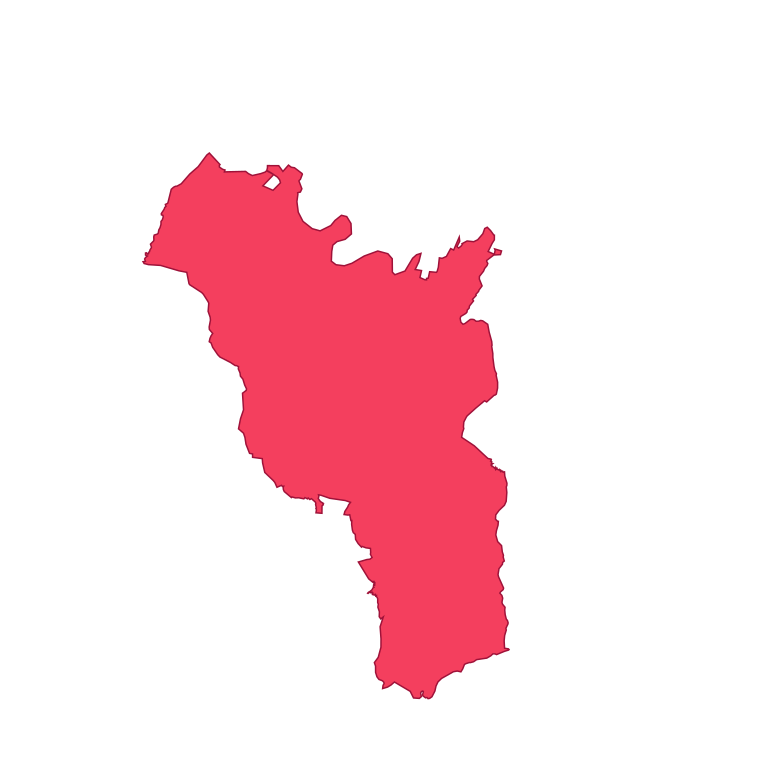 outline of Miraslau, Alba, Romania, rotated 235°
{"feature_id": "2599482B57735842574948", "entity_name": "Miraslau", "entity_type": "district", "adm_level": 2, "iso_a3": "ROU", "parent_name": "Romania", "parent_adm1": "Alba", "projection": "orthographic", "projection_center": [23.674, 46.374], "detail": "fine", "context": "isolated", "style": "filled", "palette": "rose", "viewbox_px": 768, "rotation_deg": 235, "n_neighbors": 0, "source": "geoboundaries", "source_scale": "gbopen_adm2", "svg_char_len": 6152}
<svg xmlns="http://www.w3.org/2000/svg" viewBox="0 0 768 768"><g transform="rotate(235 384 384)"><path d="M546.1,437.7L544.3,431.3L546.1,419.5L552.4,414.3L563.7,410.9L573.9,412.3L583.4,417.3L588.7,422.2L590.2,423.0L589.2,425.6L591.0,428.7L598.9,430.7L599.4,431.2L599.6,432.9L602.6,437.4L603.4,437.6L612.5,434.7L614.7,432.4L618.1,431.3L616.1,423.1L623.2,423.0L629.7,413.8L627.8,412.4L626.2,410.5L621.1,412.9L614.6,415.4L611.0,415.6L608.2,414.6L606.3,404.2L615.8,398.4L618.8,413.7L622.5,412.0L626.0,410.0L625.8,408.1L627.0,403.8L630.3,395.7L634.1,393.6L637.5,392.6L649.3,374.9L650.5,376.5L652.4,375.0L656.1,373.6L657.6,374.6L657.8,375.5L673.4,373.4L673.2,370.2L668.6,356.4L667.4,345.4L664.3,332.8L664.8,328.0L665.6,326.5L665.9,324.5L665.5,321.4L656.8,311.4L656.1,310.4L656.5,307.9L654.5,307.2L654.4,305.7L653.3,304.2L651.3,299.3L650.2,298.7L649.0,299.6L647.5,299.0L645.6,296.5L645.1,294.6L642.7,292.9L640.6,290.3L639.4,287.9L637.0,285.5L636.8,284.4L637.8,281.2L636.6,279.8L633.8,278.0L633.3,277.2L632.5,272.9L629.7,272.1L629.0,271.5L628.1,269.3L626.9,267.8L626.9,267.1L625.8,265.8L626.0,264.9L627.6,264.8L628.1,263.8L626.4,262.6L624.5,263.6L624.4,261.2L623.7,259.6L621.3,258.9L622.4,256.8L620.3,256.6L616.9,259.5L609.3,269.0L594.4,280.9L588.6,286.5L578.0,281.8L576.7,281.8L563.6,287.1L561.1,287.5L552.4,287.1L550.7,286.8L544.4,281.6L538.4,279.9L535.9,278.5L531.0,273.5L528.8,272.2L523.7,272.7L522.6,269.9L521.1,267.5L518.9,265.1L516.8,265.9L512.3,264.7L503.3,264.6L500.1,265.1L489.9,270.5L484.4,272.7L483.7,273.7L481.7,274.8L479.9,273.3L475.6,272.4L472.8,270.9L468.9,271.2L463.1,269.3L458.9,268.6L457.8,267.5L457.6,262.8L443.4,254.1L437.9,246.6L430.7,239.1L424.3,240.7L419.9,239.4L413.8,236.4L404.3,234.1L402.1,236.2L399.3,234.3L392.7,241.5L389.0,239.3L379.9,235.6L368.5,237.9L366.0,238.1L360.8,237.1L359.8,241.9L358.4,242.0L357.8,243.2L357.0,242.0L355.2,241.0L353.1,240.6L344.1,243.0L344.3,243.8L341.5,246.1L339.7,248.9L335.9,252.5L336.3,254.1L333.8,255.4L334.1,256.5L331.9,257.0L331.7,258.8L326.8,260.0L325.5,259.8L324.6,258.9L321.2,257.5L321.2,256.9L319.7,256.5L317.5,254.4L313.7,259.0L319.7,263.3L319.9,265.0L321.1,265.3L321.1,265.8L324.2,264.5L327.8,264.4L329.5,266.3L330.8,266.8L329.1,268.5L321.4,274.1L310.8,285.4L306.3,288.7L305.3,285.7L304.0,283.6L302.1,278.9L300.0,276.4L297.3,279.3L296.5,280.9L291.2,278.6L290.8,278.6L290.6,279.2L287.6,277.0L282.4,274.3L279.9,273.6L277.3,274.2L273.0,271.6L268.1,271.3L263.3,272.0L263.5,272.9L260.1,275.3L257.1,278.6L253.7,276.5L252.3,275.2L248.7,274.7L248.6,271.9L250.0,269.4L252.9,260.9L233.1,259.7L228.4,261.0L228.6,261.7L228.3,262.1L228.0,261.2L227.5,261.4L227.2,262.2L226.6,261.7L226.4,262.4L224.5,260.9L224.9,260.5L225.3,261.0L225.5,260.4L224.2,259.2L223.4,259.1L223.6,258.8L222.3,256.0L222.1,253.9L222.3,251.7L222.0,250.6L221.6,250.8L221.7,252.3L221.2,253.9L220.9,253.9L220.8,252.8L220.2,254.8L219.6,254.4L219.0,254.9L218.6,253.9L218.2,253.8L216.6,255.1L216.8,256.2L216.5,256.4L215.1,255.6L214.9,256.2L214.6,255.7L213.1,256.0L211.6,255.6L208.5,253.4L207.0,253.1L204.7,251.0L200.1,249.6L196.1,246.6L193.4,246.6L193.6,249.8L187.4,241.6L177.0,235.4L170.1,230.5L163.4,222.5L161.3,216.3L157.8,215.3L152.6,211.7L148.2,210.3L144.9,210.4L141.8,212.5L139.9,212.8L138.6,212.3L137.7,210.4L135.3,208.2L133.7,213.0L133.4,217.1L133.9,221.6L117.2,229.2L109.9,228.1L106.2,232.6L106.5,235.3L109.8,236.7L110.3,237.6L110.6,238.3L110.2,239.7L109.3,239.7L107.4,237.5L106.3,237.0L103.1,238.0L102.5,239.4L101.0,239.6L100.3,241.1L100.3,243.9L103.3,249.6L106.7,253.3L109.0,257.3L109.8,262.3L108.5,275.8L106.9,279.3L104.1,281.9L105.5,285.1L108.1,289.0L108.0,290.5L106.9,294.1L106.2,295.0L105.1,298.1L105.1,301.8L100.5,311.0L100.1,315.6L100.5,318.4L99.2,320.2L97.8,321.0L95.9,329.4L94.6,333.4L94.7,334.1L95.7,334.0L98.4,331.2L104.7,335.1L108.8,338.6L112.3,343.0L114.0,343.8L116.4,348.0L117.4,348.8L119.6,349.5L121.2,349.3L125.6,351.0L129.5,353.2L131.7,355.1L135.6,354.8L137.5,355.4L140.5,358.4L143.2,359.3L146.3,358.9L146.9,360.5L147.2,363.6L148.2,364.9L160.2,367.2L162.5,368.1L166.8,372.3L168.4,377.6L169.8,378.8L170.0,381.0L173.9,382.4L175.2,383.6L178.6,384.6L184.2,387.6L189.7,386.7L196.2,389.0L199.3,391.9L202.9,396.4L205.9,398.9L206.4,398.3L209.3,397.8L212.7,400.5L214.5,405.9L215.6,413.1L217.8,416.8L224.7,422.4L229.5,425.1L230.5,426.5L232.2,427.8L239.2,430.1L242.9,432.3L243.4,431.1L244.5,431.2L244.5,430.4L246.3,430.2L245.7,429.4L247.9,429.4L247.7,428.8L249.3,427.8L249.9,428.1L249.8,426.7L250.7,427.4L250.6,426.7L251.8,427.2L251.4,426.4L254.4,425.7L254.5,425.2L256.3,425.6L256.4,427.5L256.8,427.1L256.6,425.8L258.7,427.7L259.6,427.1L260.4,428.5L261.0,428.6L263.4,426.4L281.6,422.5L295.8,417.0L299.1,420.2L301.7,423.8L303.2,424.4L307.1,427.6L309.6,432.3L310.2,433.8L311.6,445.3L312.6,456.7L310.4,457.8L311.6,467.6L311.2,468.9L311.3,470.2L315.5,474.7L320.3,478.1L326.7,480.8L327.9,482.0L331.5,482.6L335.1,484.1L343.3,488.4L346.5,490.6L353.4,494.0L353.7,494.7L357.0,496.6L366.2,499.9L373.4,503.2L379.1,501.1L380.6,499.7L381.1,497.7L382.6,495.4L385.2,494.6L386.5,493.2L387.4,491.7L387.1,485.1L387.6,483.0L390.4,482.4L393.9,483.9L395.3,485.6L394.9,491.4L395.3,493.2L396.8,494.6L397.3,497.2L398.9,498.8L400.7,505.0L402.6,505.1L403.7,510.3L404.7,510.6L405.6,514.6L406.4,515.6L408.1,520.6L415.3,522.3L417.4,523.9L419.3,530.2L420.9,532.7L421.9,536.3L423.2,538.2L425.4,538.4L426.3,539.0L426.7,547.9L423.2,553.6L425.6,556.6L431.2,552.1L429.7,551.7L427.0,548.7L432.8,545.3L437.2,553.3L438.8,557.1L442.6,559.8L443.0,559.4L448.6,559.3L453.2,558.5L453.6,555.7L450.4,551.2L448.4,543.5L449.1,539.1L453.5,534.1L454.2,528.4L453.5,528.4L452.7,526.1L452.6,523.1L454.7,522.6L457.5,527.9L461.2,529.9L453.8,517.9L456.7,516.3L452.7,508.3L453.6,503.7L455.6,501.7L448.4,495.4L445.8,492.2L445.4,491.0L449.8,485.8L445.3,480.9L446.1,479.4L444.9,478.6L445.9,477.3L450.6,474.5L455.4,479.8L459.9,475.2L464.3,482.9L469.8,489.2L471.2,484.8L470.6,479.6L464.5,466.0L467.3,455.6L470.8,455.0L481.9,462.6L488.5,461.9L496.5,455.2L500.2,441.2L501.3,427.0L503.6,419.3L509.2,413.1L514.8,411.3L522.5,417.2L527.1,421.7L527.6,427.2L524.8,435.2L525.6,443.4L534.4,449.0L542.5,449.5L546.6,445.9L546.1,437.7Z" fill="#f43f5e" stroke="#9f1239" stroke-width="1.5"/></g></svg>